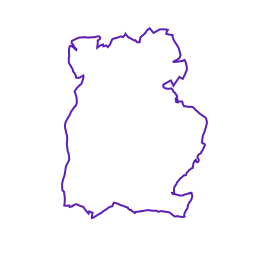 the district of Cozma, Bistrita-Nasaud, Romania, rotated 258°
{"feature_id": "2599482B53910069394437", "entity_name": "Cozma", "entity_type": "district", "adm_level": 2, "iso_a3": "ROU", "parent_name": "Romania", "parent_adm1": "Bistrita-Nasaud", "projection": "orthographic", "projection_center": [24.5, 46.802], "detail": "fine", "context": "isolated", "style": "outline", "palette": "violet", "viewbox_px": 256, "rotation_deg": 258, "n_neighbors": 0, "source": "geoboundaries", "source_scale": "gbopen_adm2", "svg_char_len": 5776}
<svg xmlns="http://www.w3.org/2000/svg" viewBox="0 0 256 256"><g transform="rotate(258 128 128)"><path d="M220.5,145.1L220.1,144.9L219.6,144.4L218.5,142.7L217.9,142.1L218.8,140.7L218.9,140.3L219.0,139.6L218.6,136.5L218.3,131.4L217.4,130.5L213.5,127.8L213.0,127.3L212.4,126.4L211.3,125.2L213.3,123.7L213.0,120.9L214.3,120.7L214.9,120.8L214.7,118.9L214.5,117.9L212.9,114.6L215.4,115.3L216.6,115.9L217.6,116.1L218.1,116.3L219.7,116.5L219.9,116.6L220.4,118.0L220.8,119.0L221.3,119.4L221.8,119.7L222.3,119.6L223.7,118.8L223.9,117.4L223.8,114.5L224.0,112.7L224.3,111.2L224.6,108.7L225.0,106.8L225.3,105.7L226.0,104.5L226.0,102.7L226.1,102.0L226.4,101.0L226.5,99.7L226.5,97.8L226.3,97.0L226.2,96.3L225.9,96.0L225.5,93.7L224.9,91.3L223.7,90.7L222.7,90.5L220.8,91.7L220.4,91.5L219.9,91.9L219.6,92.0L219.4,91.8L218.8,92.0L215.7,94.0L215.3,93.8L215.0,93.5L217.3,92.1L220.1,89.6L220.3,89.0L220.3,88.6L220.2,88.1L219.8,87.9L218.5,87.2L216.9,86.6L213.9,85.9L212.2,85.7L211.6,85.6L210.6,85.5L209.6,85.1L209.0,84.7L208.7,84.6L205.3,83.9L204.3,83.9L202.7,84.1L200.3,85.0L198.2,85.6L197.8,85.9L196.2,86.1L194.8,86.0L193.9,86.4L193.1,87.1L191.8,87.2L190.4,87.8L188.2,87.7L187.7,88.5L187.3,90.1L187.3,90.4L187.6,92.0L188.0,93.1L188.2,94.1L188.4,94.7L188.7,95.1L188.4,95.2L186.8,94.9L185.1,94.2L181.1,91.7L180.8,91.5L180.7,91.3L179.8,89.5L178.0,86.6L175.2,83.7L174.5,83.3L172.8,83.7L168.5,84.0L167.3,83.9L165.0,83.5L162.9,83.0L162.1,82.5L160.8,81.6L160.0,80.8L160.1,80.3L160.0,80.0L157.9,78.1L156.9,76.9L155.9,75.8L153.0,73.8L148.2,69.4L145.8,67.7L143.6,66.9L141.9,66.6L140.8,66.5L137.5,66.6L135.6,66.5L134.3,66.6L133.2,66.8L131.5,66.4L129.3,66.2L128.8,65.9L127.3,65.5L126.3,65.1L124.4,64.7L120.6,64.5L118.5,64.2L117.9,64.2L116.3,64.5L114.9,64.6L112.7,64.4L109.6,64.1L107.9,63.0L103.8,59.6L101.9,58.7L99.8,58.0L94.8,56.0L91.7,54.1L88.5,52.5L87.1,52.0L84.8,51.4L82.3,51.1L80.9,51.0L80.4,51.0L79.9,51.3L79.1,52.1L78.6,52.1L73.0,51.7L69.8,51.0L66.9,50.1L65.5,49.5L64.9,50.6L64.4,54.5L62.9,54.5L63.0,57.5L63.4,57.5L64.2,60.6L64.3,61.6L62.0,64.7L60.9,66.4L59.9,68.1L58.0,68.6L53.3,71.1L52.5,71.6L54.5,72.7L53.0,74.6L52.5,75.8L50.5,74.9L47.7,73.8L47.3,74.0L48.0,76.7L49.1,79.8L49.6,80.9L49.7,82.0L50.1,82.8L50.6,84.3L52.2,87.7L52.6,89.1L54.2,92.5L54.7,94.5L54.7,95.8L54.8,96.5L55.5,96.8L56.1,97.1L57.1,97.9L57.9,98.8L57.3,100.0L55.7,102.8L54.3,104.4L52.7,107.3L51.3,109.3L50.3,111.3L49.5,111.2L49.1,111.6L48.1,112.3L47.6,112.7L47.3,113.2L47.4,113.3L47.2,113.7L47.2,113.9L45.6,114.9L43.8,116.6L44.0,116.7L43.6,117.4L44.3,118.1L44.1,119.5L44.0,122.1L43.8,122.8L43.8,123.1L44.0,123.3L44.0,123.5L43.7,125.6L43.7,128.2L43.6,129.9L43.4,130.5L43.3,131.5L43.2,131.9L42.1,134.1L41.4,137.5L41.2,138.3L40.6,139.4L39.7,140.3L39.8,142.2L39.8,143.3L39.8,143.7L39.3,144.6L39.0,145.5L37.6,148.9L37.3,149.8L36.9,150.9L36.5,151.3L34.4,152.9L32.6,154.5L31.7,155.6L31.5,156.2L31.4,156.9L31.5,157.4L31.6,158.1L31.1,158.9L30.9,159.5L30.4,160.3L30.2,160.7L30.2,161.4L29.7,162.2L29.6,162.7L29.6,163.1L29.6,163.7L29.5,164.9L29.8,165.0L30.5,164.8L31.3,164.8L32.0,165.1L35.6,167.7L37.0,169.4L38.0,169.9L38.5,170.1L39.5,170.2L39.6,170.3L42.3,172.4L42.9,173.0L43.4,173.7L44.5,174.7L45.0,175.1L47.0,176.3L47.7,176.6L48.6,176.7L51.4,176.6L51.3,175.2L51.6,175.2L51.4,173.9L51.2,171.9L51.1,169.0L51.0,168.6L50.7,168.3L50.6,167.9L50.8,166.8L50.9,165.6L51.6,163.7L52.8,161.6L53.4,160.3L53.8,159.0L54.2,158.0L55.4,157.7L55.1,159.7L57.5,160.0L59.9,160.7L60.4,161.0L62.9,163.5L64.8,164.9L67.3,168.1L68.3,169.6L68.7,170.6L70.1,172.8L69.9,173.5L69.9,174.9L71.1,175.6L72.2,176.4L74.2,179.3L75.6,182.5L75.5,183.0L77.3,183.7L78.2,184.0L79.7,184.6L80.3,185.0L81.6,185.9L82.4,186.9L82.8,187.7L82.2,187.8L81.1,187.6L80.8,187.8L80.3,188.3L80.1,188.6L80.1,189.0L80.2,189.4L80.8,190.1L81.8,190.5L82.6,190.5L84.8,189.9L85.9,190.2L86.7,190.9L87.3,191.6L88.3,194.2L88.7,194.6L89.7,195.0L90.0,195.3L90.4,196.1L90.8,196.5L91.6,196.9L93.0,198.0L94.0,198.7L94.9,199.6L95.8,199.7L96.5,199.5L97.3,198.3L98.4,197.2L101.2,198.3L104.4,199.4L105.8,200.2L108.3,202.0L111.1,203.5L112.7,204.5L113.9,204.9L116.0,206.1L116.9,206.3L118.4,206.5L120.8,206.3L121.5,206.2L122.4,205.6L124.0,204.1L127.0,201.3L128.0,200.5L129.8,199.4L130.6,198.6L131.9,197.6L133.9,196.7L134.5,196.1L135.0,195.6L135.3,194.9L135.7,193.6L136.4,190.6L137.1,189.6L137.3,188.9L137.4,187.6L138.4,187.1L139.2,186.8L139.9,186.7L142.6,186.5L143.3,183.6L143.3,183.0L142.7,182.4L142.6,182.0L142.8,181.6L143.7,180.4L144.3,180.8L145.0,180.8L145.1,181.1L144.9,181.5L144.5,181.8L144.5,182.1L144.9,182.1L145.8,181.3L146.2,180.8L146.5,181.3L146.5,182.0L147.4,181.4L148.3,182.6L148.8,182.5L149.3,182.6L150.1,182.3L151.2,181.7L151.8,181.6L152.5,181.4L154.1,180.0L155.8,179.7L157.0,179.1L157.8,178.5L157.8,177.4L157.9,176.7L157.9,175.6L158.5,174.3L158.8,173.1L159.1,172.6L159.6,172.1L161.0,171.2L161.7,171.1L162.5,171.3L163.1,171.7L163.2,171.9L163.3,172.2L163.3,172.7L163.7,173.6L164.1,174.7L164.2,175.3L165.0,177.8L165.6,179.0L165.5,179.9L159.9,181.2L167.3,188.9L165.7,190.5L164.8,191.5L164.7,191.8L167.2,193.7L168.9,195.1L172.4,197.5L173.9,198.0L176.2,198.2L179.5,198.1L182.1,197.8L182.4,197.5L182.9,197.2L182.2,195.4L182.7,189.1L183.1,186.4L183.3,186.2L183.5,186.3L183.7,186.7L184.0,187.9L184.3,189.6L185.6,192.6L185.9,193.0L188.1,194.5L190.6,194.5L195.7,194.2L201.3,192.2L204.0,191.2L207.0,190.6L209.8,190.9L210.0,190.0L210.6,188.3L211.7,185.8L212.1,185.0L213.9,185.7L215.7,187.3L216.3,186.0L216.8,184.6L217.7,180.6L217.8,179.5L215.7,172.8L221.0,169.9L220.5,168.7L220.1,168.0L220.1,167.6L219.8,167.3L218.3,165.7L217.5,164.6L216.7,163.9L216.4,163.4L216.2,162.6L215.2,161.1L214.5,159.5L213.7,158.8L211.1,157.7L209.5,157.3L210.0,154.7L212.3,153.5L212.2,152.4L212.6,152.0L215.8,148.4L216.4,147.8L216.3,147.5L217.1,146.8L218.1,146.5L219.7,145.4L220.5,145.1Z" fill="none" stroke="#5b21b6" stroke-width="2"/></g></svg>